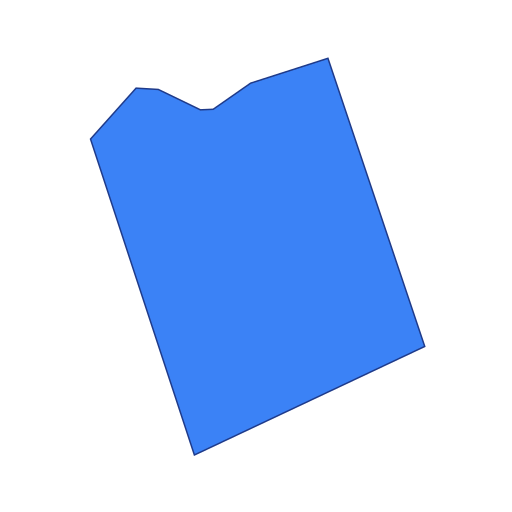 the Highly Urbanized City of Lucena, rotated 187°
{"feature_id": "PHL-5560", "entity_name": "Lucena", "entity_type": "Highly Urbanized City", "adm_level": 1, "iso_a3": "PHL", "parent_name": "Philippines", "parent_adm1": "", "projection": "equal_earth", "projection_center": [121.59, 13.937], "detail": "fine", "context": "isolated", "style": "filled", "palette": "blue", "viewbox_px": 512, "rotation_deg": 187, "n_neighbors": 0, "source": "natural_earth", "source_scale": "10m", "svg_char_len": 289}
<svg xmlns="http://www.w3.org/2000/svg" viewBox="0 0 512 512"><g transform="rotate(187 256 256)"><path d="M434.5,351.9L395.5,408.0L373.3,409.4L329.0,394.3L316.4,396.4L282.4,426.9L208.7,461.0L77.5,186.8L292.9,51.0L434.5,351.9Z" fill="#3b82f6" stroke="#1e3a8a" stroke-width="1.5"/></g></svg>